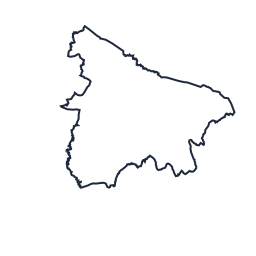 Songololo, Bas-Congo, Democratic Republic of the Congo (Albers equal-area conic projection), rotated 205°
{"feature_id": "63176286B29097498682851", "entity_name": "Songololo", "entity_type": "district", "adm_level": 2, "iso_a3": "COD", "parent_name": "Democratic Republic of the Congo", "parent_adm1": "Bas-Congo", "projection": "albers", "projection_center": [14.107, -5.44], "detail": "fine", "context": "isolated", "style": "outline", "palette": "slate", "viewbox_px": 256, "rotation_deg": 205, "n_neighbors": 0, "source": "geoboundaries", "source_scale": "gbopen_adm2", "svg_char_len": 5869}
<svg xmlns="http://www.w3.org/2000/svg" viewBox="0 0 256 256"><g transform="rotate(205 128 128)"><path d="M191.1,137.4L190.7,135.8L191.0,134.4L191.5,133.4L191.5,131.6L191.8,130.2L195.3,127.9L192.5,125.4L192.9,122.7L193.9,123.3L195.0,121.7L198.0,119.4L197.2,119.0L190.6,119.4L188.8,120.2L186.0,121.1L182.8,123.0L179.5,123.9L178.3,119.1L176.6,115.4L176.5,110.3L175.9,109.6L174.6,109.3L175.9,108.5L176.6,108.4L176.5,108.0L177.1,106.8L177.8,106.8L177.7,106.1L177.1,105.3L177.1,103.9L177.5,103.4L177.8,102.5L178.3,102.2L178.3,101.9L177.4,101.5L177.3,100.5L176.6,99.5L175.6,98.9L175.5,97.6L174.5,97.6L174.4,96.6L173.6,96.4L174.2,95.3L174.1,94.9L173.5,95.3L172.8,95.1L172.4,93.5L172.7,93.3L173.1,94.2L173.8,94.2L174.3,89.7L174.2,89.2L173.4,88.6L173.4,88.1L174.4,86.9L174.3,86.6L173.3,87.3L172.9,87.1L173.0,86.6L172.8,86.3L171.9,86.4L171.6,85.2L170.8,85.2L170.7,84.9L171.6,83.7L172.2,83.8L172.7,83.3L173.6,83.2L173.8,82.5L174.3,82.1L174.1,81.6L173.5,82.3L173.1,82.2L172.5,81.2L172.4,80.4L171.9,80.3L171.8,80.7L171.0,80.8L170.7,80.6L170.6,80.4L171.2,79.6L170.2,78.5L169.0,78.5L168.1,76.9L167.6,76.5L168.1,75.4L169.2,75.5L169.5,75.0L169.2,74.1L168.3,74.5L168.2,73.6L167.8,73.4L167.9,72.9L168.5,72.8L168.5,72.0L169.0,72.0L169.1,71.5L168.7,70.5L168.2,71.4L167.1,70.7L166.6,70.2L166.7,69.8L167.7,69.8L167.7,69.0L166.9,67.8L166.8,67.1L166.2,66.8L166.0,66.1L164.8,65.7L164.5,66.1L164.0,65.6L163.0,65.6L161.4,64.2L160.5,64.4L160.4,63.9L160.6,62.9L159.0,61.5L157.0,61.8L155.5,61.0L153.3,61.2L153.0,60.7L153.2,59.5L152.3,59.5L151.7,59.1L151.0,59.4L151.2,57.9L149.9,57.1L149.2,58.4L148.0,59.3L147.9,58.7L148.6,58.3L149.1,57.2L148.6,56.4L149.1,56.0L149.0,55.7L147.9,55.6L147.5,55.1L147.1,55.8L146.8,55.8L146.1,54.1L145.4,54.0L140.1,58.9L138.2,61.3L136.3,63.0L133.5,64.1L127.4,67.9L124.9,68.3L124.4,68.1L121.9,65.9L120.1,65.9L119.4,67.0L119.7,68.3L119.3,68.7L117.1,70.0L116.8,69.4L116.1,69.2L115.6,69.8L116.4,72.9L117.0,73.6L116.7,75.1L117.4,75.9L117.7,80.9L117.4,81.8L117.7,82.4L116.9,83.4L117.4,84.6L116.5,87.0L115.7,88.0L113.6,92.4L113.2,94.0L113.4,94.6L112.3,95.6L111.6,95.3L111.1,95.5L110.3,97.3L109.8,97.6L109.4,96.9L107.9,97.9L107.1,97.7L105.7,98.2L105.1,97.6L104.5,97.8L104.0,97.5L103.6,96.7L103.0,96.9L102.4,96.4L101.7,98.0L100.2,98.8L100.4,101.8L100.9,102.9L100.8,104.9L100.5,105.5L99.8,105.9L99.0,104.6L98.4,104.4L98.6,105.7L99.2,106.9L98.9,107.6L97.9,107.8L97.6,108.3L97.8,108.7L97.7,109.6L97.2,110.7L96.7,110.8L96.4,112.2L92.8,111.5L90.7,110.7L88.0,108.3L87.1,106.2L86.3,105.7L85.6,104.3L83.8,102.9L82.5,102.8L81.4,103.8L80.6,104.1L80.3,105.0L79.9,105.1L79.4,106.0L77.7,107.5L77.4,109.2L77.7,111.5L76.8,112.7L74.8,112.7L71.7,111.5L70.1,109.3L69.3,109.0L66.6,106.3L64.3,104.6L62.6,105.8L63.0,107.0L62.1,107.1L61.8,107.6L62.1,108.4L61.8,109.0L61.8,109.7L61.3,111.9L60.7,111.5L60.1,111.6L58.6,110.6L56.5,110.4L54.8,113.4L54.2,115.0L53.5,115.0L53.0,115.3L52.0,115.2L50.8,115.8L50.0,116.9L49.2,120.4L50.0,122.1L51.9,123.6L52.3,124.8L53.6,125.8L54.2,127.3L55.1,127.4L60.4,132.5L62.4,135.2L63.7,138.4L66.2,140.5L66.9,141.6L67.1,142.8L66.0,143.8L65.3,143.8L64.1,142.9L62.7,142.6L62.0,142.1L59.6,142.2L59.1,142.0L59.0,141.6L56.4,142.2L55.8,145.1L53.4,144.9L52.5,144.6L52.2,145.1L52.5,146.0L53.8,147.8L54.4,148.0L55.2,149.0L56.6,149.7L56.8,150.4L56.6,151.3L56.7,153.2L57.1,154.1L56.9,154.8L56.3,155.2L56.2,156.5L57.1,159.0L56.1,163.8L56.6,167.1L54.6,170.6L53.9,170.6L53.4,171.0L52.3,171.0L51.2,170.0L50.9,171.1L49.9,171.0L50.0,171.5L49.1,172.5L48.7,173.7L48.0,174.2L47.8,175.3L45.8,178.3L45.2,178.5L45.0,178.8L45.4,179.5L45.1,180.4L45.3,181.5L45.0,182.6L44.6,182.8L43.9,182.4L43.3,182.9L42.5,182.3L42.1,182.3L41.7,183.9L41.2,184.4L39.7,184.2L39.3,184.3L38.7,184.1L38.2,187.3L44.9,193.8L49.8,197.3L53.4,196.1L58.7,197.7L60.1,199.1L61.3,199.1L62.2,198.6L63.9,198.4L65.9,197.7L66.8,197.7L70.1,199.0L71.0,198.9L72.8,199.1L73.6,198.7L76.9,198.9L78.1,198.5L79.5,195.9L93.4,194.4L96.2,193.4L101.6,192.1L114.0,190.2L116.0,189.6L119.1,188.0L121.3,188.8L123.4,188.9L123.7,189.3L123.2,189.8L123.3,190.3L123.7,190.2L124.8,190.9L126.2,190.8L127.0,189.8L127.8,190.3L128.5,189.9L128.9,190.3L130.9,189.2L132.5,189.5L133.5,189.2L134.0,188.6L134.5,188.6L136.2,189.4L137.1,189.2L137.5,188.7L138.0,188.7L138.3,189.2L139.2,188.3L139.7,189.0L140.1,189.0L140.5,190.0L142.1,190.1L142.5,189.7L142.8,190.5L143.2,190.7L143.4,190.0L144.0,190.1L145.1,189.6L145.4,189.1L145.9,189.0L146.4,189.5L146.9,189.1L148.0,191.5L147.8,192.2L148.4,193.3L149.3,193.7L149.9,194.2L150.2,194.1L150.5,193.2L151.4,193.1L151.5,193.6L152.1,193.8L152.4,193.1L152.8,192.9L153.2,193.9L154.0,194.7L154.0,195.8L156.4,194.4L157.6,195.2L158.0,193.9L158.2,193.7L159.3,193.8L160.1,192.6L160.9,192.1L161.3,192.9L163.1,192.7L164.9,195.8L178.1,198.0L185.3,198.6L190.1,197.7L190.7,197.3L191.8,198.2L195.3,198.6L205.3,201.1L210.2,202.0L210.5,199.7L209.8,198.3L210.1,197.3L210.9,196.9L211.1,196.2L211.8,196.0L213.4,194.0L213.9,192.7L214.7,192.8L215.3,192.0L215.7,192.5L216.2,191.7L216.8,192.2L217.4,191.9L217.0,191.2L217.2,190.6L217.8,190.1L217.7,189.8L217.1,189.4L217.2,189.1L216.8,188.4L216.5,187.1L216.1,187.1L214.1,184.4L212.6,183.3L213.1,182.3L214.2,181.5L215.0,181.8L215.3,181.5L215.2,180.4L215.8,180.2L215.9,179.8L215.8,179.4L215.1,179.4L214.4,177.7L214.1,178.2L213.7,178.2L213.5,177.7L213.9,177.1L213.3,175.4L212.6,174.9L213.9,173.0L214.0,172.0L212.7,167.9L210.3,168.2L206.7,170.7L204.5,173.7L203.9,174.1L203.1,173.9L201.0,171.6L198.4,171.1L197.6,170.7L197.0,171.0L196.6,171.0L196.1,169.3L196.3,167.8L195.2,167.4L195.0,167.0L195.7,166.5L195.7,165.9L196.9,165.0L197.2,164.6L197.1,164.0L196.0,163.2L195.3,161.6L194.4,161.4L193.4,160.6L193.1,160.0L193.5,159.0L192.9,156.5L193.4,155.5L191.1,155.4L190.1,155.8L189.4,155.7L188.7,155.0L186.5,155.4L183.7,155.3L181.5,154.3L181.5,152.4L181.1,150.8L181.5,149.4L182.1,148.1L182.7,141.5L183.4,138.5L185.2,137.3L186.7,136.8L187.8,136.7L191.1,137.4Z" fill="none" stroke="#1e293b" stroke-width="2"/></g></svg>